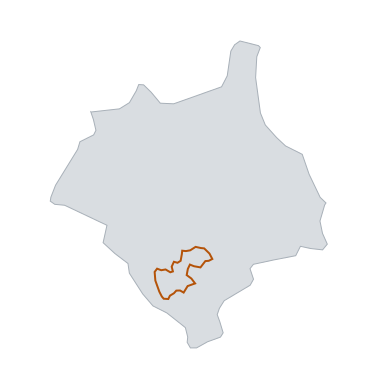 Kosovska Mitrovica on a map of Kosovo (Mercator projection), rotated 186°
{"feature_id": "KOS-5894", "entity_name": "Kosovska Mitrovica", "entity_type": "District", "adm_level": 1, "iso_a3": "XKX", "parent_name": "Kosovo", "parent_adm1": "", "projection": "mercator", "projection_center": [20.905, 42.931], "detail": "fine", "context": "in_parent", "style": "outline", "palette": "amber", "viewbox_px": 384, "rotation_deg": 186, "n_neighbors": 0, "source": "natural_earth", "source_scale": "10m", "svg_char_len": 1533}
<svg xmlns="http://www.w3.org/2000/svg" viewBox="0 0 384 384"><g transform="rotate(186 192 192)"><path d="M103.2,133.1L123.4,126.5L126.3,121.8L121.7,111.7L124.4,105.4L148.6,87.3L152.6,79.2L154.1,72.7L150.8,65.9L146.3,55.2L148.5,50.7L161.0,44.6L171.2,37.4L177.3,36.8L181.1,42.0L181.1,47.3L184.4,56.4L191.9,61.2L204.4,69.1L218.9,74.6L230.3,85.4L245.8,104.7L248.2,114.2L262.2,122.7L275.1,132.3L273.1,150.0L317.3,165.5L327.2,165.4L332.0,168.1L331.8,172.1L328.4,184.5L310.2,222.4L308.7,230.3L295.8,238.5L294.0,243.3L297.6,253.7L301.0,261.1L300.8,261.0L272.9,267.1L263.6,274.3L258.0,286.8L256.2,293.3L251.3,293.5L243.1,287.0L232.8,277.0L219.4,277.8L173.6,299.7L169.1,311.2L168.1,336.2L165.0,342.9L160.1,347.2L141.2,344.5L139.2,342.8L141.7,333.3L140.7,312.4L132.2,277.7L126.1,266.3L113.6,255.0L103.8,247.6L86.3,241.0L77.4,221.9L64.0,200.1L57.6,195.1L58.7,193.0L61.7,176.5L57.9,164.5L52.0,154.3L56.1,148.1L68.3,148.2L78.5,149.3L82.2,139.5L103.2,133.1Z" fill="#d9dde1" stroke="#a8b0b8" stroke-width="1"/><path d="M209.0,82.9L211.1,84.9L214.1,89.5L219.2,100.1L220.8,108.6L218.7,112.1L214.4,111.0L210.2,112.2L205.2,109.9L202.7,111.0L204.4,115.6L202.7,120.7L199.0,120.1L196.1,122.4L195.6,129.2L195.6,132.6L191.9,132.6L187.7,133.8L182.7,137.8L177.3,137.2L174.0,137.2L168.2,132.6L164.8,127.5L168.2,125.3L171.5,124.7L175.7,117.9L182.3,118.4L186.5,119.6L188.1,115.0L188.6,108.8L183.6,105.9L179.4,101.4L186.5,98.0L189.8,91.1L193.6,92.8L197.3,92.3L199.4,89.4L203.1,86.6L204.4,83.1L209.0,82.9Z" fill="none" stroke="#b45309" stroke-width="2"/></g></svg>